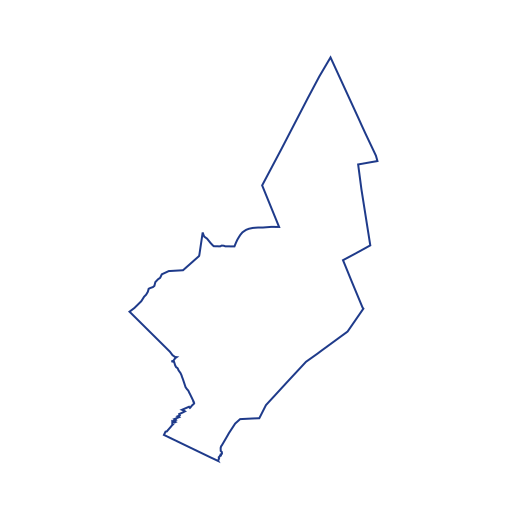 the district of Abasolo, Coahuila, Mexico, rotated 280°
{"feature_id": "50627088B17032469842403", "entity_name": "Abasolo", "entity_type": "district", "adm_level": 2, "iso_a3": "MEX", "parent_name": "Mexico", "parent_adm1": "Coahuila", "projection": "albers", "projection_center": [-101.341, 27.143], "detail": "fine", "context": "isolated", "style": "outline", "palette": "blue", "viewbox_px": 512, "rotation_deg": 280, "n_neighbors": 0, "source": "geoboundaries", "source_scale": "gbopen_adm2", "svg_char_len": 2322}
<svg xmlns="http://www.w3.org/2000/svg" viewBox="0 0 512 512"><g transform="rotate(280 256 256)"><path d="M464.5,294.9L443.9,287.2L420.8,279.7L365.9,262.5L326.6,249.8L288.6,273.7L287.4,266.2L285.2,257.7L284.5,253.5L283.1,248.0L281.6,244.3L280.1,241.8L278.8,240.4L276.9,238.5L274.1,236.9L271.7,235.9L268.8,234.8L265.8,234.0L261.7,233.1L260.2,224.1L260.5,222.5L260.3,220.4L259.3,219.1L258.3,212.7L259.1,211.4L260.9,209.0L264.6,204.8L266.1,201.7L267.2,200.9L269.7,199.5L269.9,199.4L248.2,200.0L247.8,200.0L246.4,200.0L245.9,199.8L229.3,186.6L226.0,172.7L221.6,166.4L217.9,165.4L216.0,163.5L212.8,161.4L208.9,161.1L207.5,159.9L206.1,157.4L205.1,156.0L203.1,155.8L202.0,155.7L198.8,154.5L196.5,152.9L191.6,150.9L183.6,145.2L179.2,141.1L148.0,186.1L146.9,187.7L146.0,188.7L144.1,190.7L143.9,190.9L143.8,191.1L142.5,193.8L142.6,195.4L141.4,194.2L138.4,192.8L137.6,191.0L137.5,193.7L136.0,194.5L134.2,195.4L134.1,195.6L133.8,195.7L133.5,196.0L133.2,196.2L132.6,196.7L132.1,198.0L131.2,198.8L130.4,199.3L129.9,199.6L127.7,201.9L125.4,203.5L124.5,203.9L122.2,205.3L118.7,207.2L114.6,209.4L112.7,211.3L112.6,211.5L112.1,212.2L111.4,212.9L109.5,214.2L109.2,214.5L102.3,219.5L102.1,219.4L101.7,219.6L101.4,219.8L101.4,220.1L100.6,220.5L100.3,220.7L100.2,220.7L99.4,220.3L98.8,219.8L97.8,219.0L95.3,217.6L94.9,217.3L95.1,217.0L95.9,216.2L91.7,209.8L91.3,211.5L90.7,213.0L89.1,210.9L87.0,207.8L85.8,208.6L84.5,206.6L83.9,208.2L81.2,203.9L80.5,205.5L79.8,204.6L79.3,203.5L78.5,205.6L77.8,204.6L78.6,202.3L77.4,202.5L75.8,202.8L75.6,203.4L75.0,202.9L73.3,201.9L73.2,201.9L69.1,199.4L67.8,198.7L67.7,198.4L67.3,197.4L63.8,196.4L58.5,215.2L49.6,246.8L48.9,249.5L47.5,254.5L47.9,254.2L50.1,254.8L50.7,254.4L51.4,254.3L52.4,255.2L52.9,255.1L53.4,255.5L53.5,256.1L54.0,256.1L54.5,255.7L55.4,256.8L57.0,256.4L57.9,255.1L60.9,254.5L61.5,254.6L61.8,254.6L62.6,254.7L63.5,255.2L70.5,257.8L74.6,259.3L76.9,260.1L87.4,264.6L92.6,268.7L93.4,272.2L95.6,281.8L96.8,287.4L97.4,287.6L110.9,291.7L126.2,301.5L136.7,308.2L159.1,322.7L160.5,323.6L170.4,333.4L175.0,337.7L197.5,359.3L221.3,370.2L222.8,370.9L223.7,369.9L246.7,355.2L248.6,354.0L260.7,346.4L267.0,342.4L274.9,352.5L286.3,366.7L340.1,348.2L363.9,340.7L370.6,359.1L375.6,356.7L395.9,342.3L403.4,337.1L404.0,336.7L409.0,333.3L464.5,294.9Z" fill="none" stroke="#1e3a8a" stroke-width="2"/></g></svg>